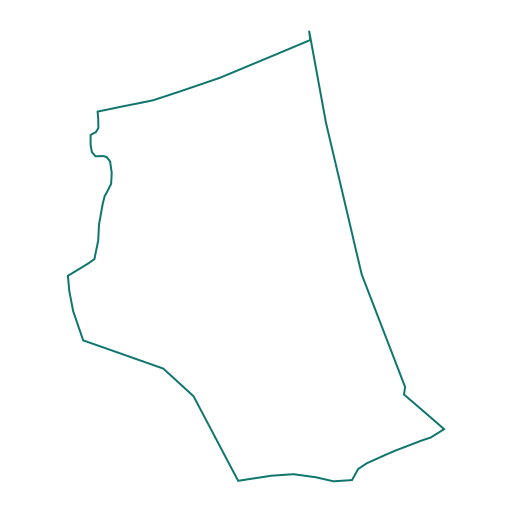 Nyala Shimal, Southern Darfur, Sudan
{"feature_id": "16777658B77538778882228", "entity_name": "Nyala Shimal", "entity_type": "district", "adm_level": 2, "iso_a3": "SDN", "parent_name": "Sudan", "parent_adm1": "Southern Darfur", "projection": "albers", "projection_center": [24.663, 12.429], "detail": "fine", "context": "isolated", "style": "outline", "palette": "teal", "viewbox_px": 512, "rotation_deg": 0, "n_neighbors": 0, "source": "geoboundaries", "source_scale": "gbopen_adm2", "svg_char_len": 871}
<svg xmlns="http://www.w3.org/2000/svg" viewBox="0 0 512 512"><path d="M238.2,480.8L244.7,479.8L271.5,475.7L293.5,474.2L316.1,477.3L333.4,481.3L352.0,480.1L358.2,469.0L366.9,463.2L386.5,454.4L395.6,450.5L421.4,440.6L430.8,437.5L444.1,429.1L440.4,425.9L418.9,407.3L409.9,399.6L404.0,394.5L405.1,387.0L361.7,274.4L355.1,246.5L350.5,226.8L325.9,122.4L309.1,30.7L310.3,40.0L266.9,58.2L219.8,77.8L177.7,92.2L152.6,100.4L121.6,106.6L97.6,111.6L98.2,118.9L98.4,128.0L95.8,132.2L92.8,133.7L90.6,135.0L90.6,145.1L91.9,152.1L95.5,156.3L99.9,156.1L103.6,156.1L106.7,157.1L110.1,161.4L111.7,172.8L111.4,179.3L111.1,183.9L109.3,187.4L106.7,192.6L104.7,196.0L102.7,203.9L99.0,224.6L98.2,240.6L94.4,259.1L92.2,260.7L88.8,263.1L67.9,275.8L69.3,291.1L73.2,311.3L83.2,340.4L163.3,368.6L193.5,396.2L198.8,406.2L231.0,467.3L238.2,480.8Z" fill="none" stroke="#0f766e" stroke-width="2"/></svg>